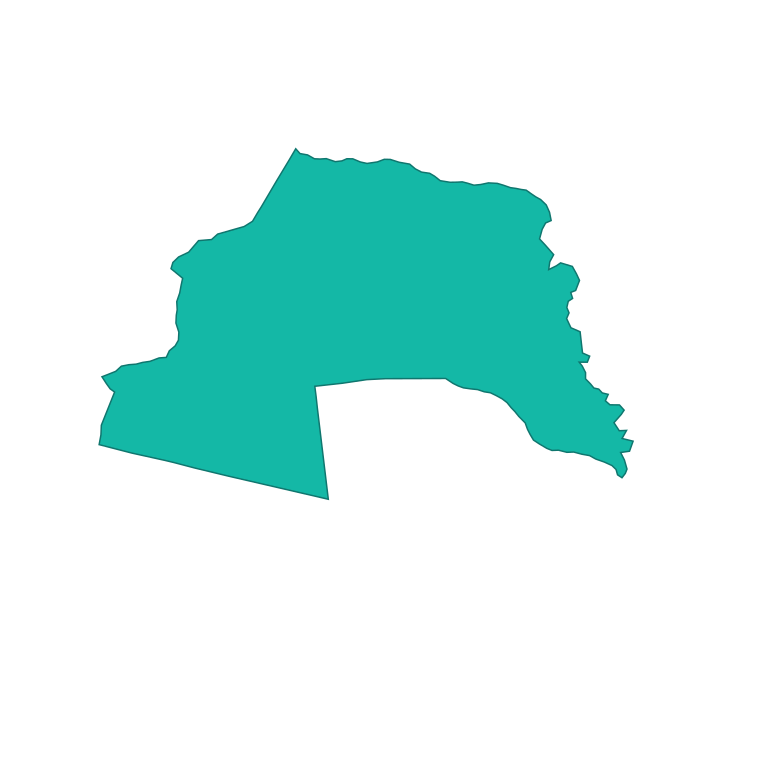 Perobal, Paraná, Brazil (orthographic projection), rotated 314°
{"feature_id": "56859067B55216023447862", "entity_name": "Perobal", "entity_type": "district", "adm_level": 2, "iso_a3": "BRA", "parent_name": "Brazil", "parent_adm1": "Paraná", "projection": "orthographic", "projection_center": [-53.337, -23.957], "detail": "fine", "context": "isolated", "style": "filled", "palette": "teal", "viewbox_px": 768, "rotation_deg": 314, "n_neighbors": 0, "source": "geoboundaries", "source_scale": "gbopen_adm2", "svg_char_len": 2283}
<svg xmlns="http://www.w3.org/2000/svg" viewBox="0 0 768 768"><g transform="rotate(314 384 384)"><path d="M481.9,620.3L487.3,619.7L491.6,617.9L496.3,609.8L499.1,601.8L506.2,607.3L515.9,602.9L513.0,597.9L510.2,593.1L519.1,590.7L513.8,585.7L515.9,576.3L527.0,575.8L532.0,574.9L532.5,567.9L526.0,561.0L525.7,554.9L532.3,552.5L529.2,547.2L529.5,542.0L526.9,537.8L527.5,532.5L527.7,525.4L532.2,521.1L534.6,514.2L535.3,509.2L540.9,515.1L546.9,512.6L544.2,505.3L551.0,497.0L557.8,488.8L554.3,479.4L557.9,469.9L563.7,467.7L566.0,462.4L571.5,459.1L576.6,460.2L579.6,454.7L584.4,456.9L594.3,452.7L596.9,446.0L599.4,437.8L593.8,426.9L588.8,425.9L580.7,423.0L587.0,418.4L594.9,416.2L595.9,404.3L596.4,395.1L605.2,390.3L612.1,388.4L617.7,390.7L622.5,383.8L625.5,376.3L625.5,368.6L624.0,363.0L623.0,357.1L622.2,351.6L619.2,347.5L616.4,343.1L613.1,338.6L609.9,331.7L607.0,326.1L601.2,319.4L594.7,315.0L589.5,310.6L586.6,304.8L583.8,299.9L579.8,296.2L575.0,291.4L569.3,283.2L568.6,276.0L567.3,270.5L562.5,263.8L560.5,257.1L560.0,249.7L554.0,240.8L549.9,232.5L545.8,228.1L539.2,225.0L530.9,218.6L527.3,212.8L524.3,205.1L520.2,200.8L515.2,198.7L510.1,194.5L506.0,185.9L501.4,181.7L497.7,177.5L495.7,169.9L491.4,163.5L491.9,157.1L479.6,160.1L455.6,165.6L426.5,172.6L419.7,174.0L409.7,176.4L400.1,174.0L376.3,160.2L368.1,159.6L358.3,151.0L343.1,151.9L332.7,148.0L324.8,147.7L319.0,150.7L320.2,165.7L313.9,169.6L307.6,173.8L299.3,177.7L293.7,183.7L289.2,186.8L283.3,192.0L278.8,200.4L272.7,205.7L266.4,207.3L258.8,206.5L251.9,208.9L246.5,204.1L237.7,199.9L231.9,195.4L226.1,191.9L220.7,187.1L214.4,182.7L206.7,182.2L198.7,178.6L193.3,176.1L191.5,183.8L190.3,190.4L191.1,195.8L158.0,209.3L150.8,215.7L142.5,221.2L159.2,250.7L177.0,279.7L181.6,287.5L192.2,306.4L209.9,336.5L262.4,424.0L320.7,352.4L327.8,343.9L334.3,335.8L355.6,353.5L375.1,368.5L388.7,381.2L430.8,424.5L432.4,433.3L434.1,438.6L436.4,443.8L440.9,450.0L445.0,455.2L448.0,461.5L451.6,466.6L453.6,472.7L455.4,479.3L456.1,485.4L455.3,491.8L455.1,497.1L454.3,503.6L454.1,512.6L451.1,518.7L449.2,524.2L447.5,530.5L448.8,537.4L450.8,545.8L452.9,551.0L457.6,555.5L461.9,563.0L466.8,567.7L471.0,575.2L475.3,581.6L477.1,588.4L480.9,596.7L483.7,604.6L483.7,610.3L480.9,615.1L481.9,620.3Z" fill="#14b8a6" stroke="#0f766e" stroke-width="1.5"/></g></svg>